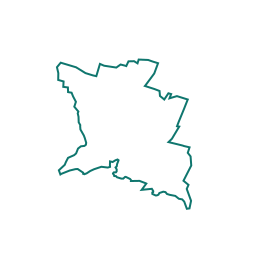 outline of New Haven, Connecticut, United States of America, rotated 26°
{"feature_id": "52423323B55561087422078", "entity_name": "New Haven", "entity_type": "district", "adm_level": 2, "iso_a3": "USA", "parent_name": "United States of America", "parent_adm1": "Connecticut", "projection": "equal_earth", "projection_center": [-72.92, 41.407], "detail": "fine", "context": "isolated", "style": "outline", "palette": "teal", "viewbox_px": 256, "rotation_deg": 26, "n_neighbors": 0, "source": "geoboundaries", "source_scale": "gbopen_adm2", "svg_char_len": 1992}
<svg xmlns="http://www.w3.org/2000/svg" viewBox="0 0 256 256"><g transform="rotate(26 128 128)"><path d="M169.2,76.2L158.0,77.9L152.3,83.1L151.9,78.6L149.1,79.1L148.1,86.5L146.2,86.0L142.7,85.2L140.1,80.9L134.6,81.4L124.8,82.8L125.0,82.0L127.7,67.5L126.6,56.6L120.7,57.5L116.3,58.0L107.6,61.8L108.2,65.7L104.2,65.3L100.9,67.0L99.2,67.9L99.3,73.1L97.8,73.3L93.5,74.2L91.0,78.8L79.2,82.5L74.7,82.7L76.8,95.3L73.4,96.1L65.7,97.3L54.7,96.2L38.9,98.8L37.5,104.5L41.3,109.2L44.2,115.4L49.7,114.4L51.8,119.4L56.2,117.9L58.4,122.0L61.8,121.0L64.8,123.7L69.7,127.3L70.4,132.4L76.2,135.0L76.4,136.9L78.6,139.6L81.2,144.5L83.8,146.3L84.3,147.5L85.9,150.2L91.6,154.1L93.6,156.0L96.9,159.6L97.5,161.5L96.7,163.2L93.7,165.1L92.1,168.4L92.5,173.6L91.5,176.0L87.2,181.1L87.1,186.0L87.3,188.8L84.4,196.3L87.6,199.4L88.2,198.4L94.2,191.8L98.8,188.0L100.8,186.9L102.0,187.1L107.2,187.8L107.7,188.1L107.8,188.6L107.8,188.8L109.0,188.7L110.7,186.9L112.9,183.2L115.6,179.9L121.1,174.5L121.7,174.3L122.3,174.1L127.2,172.4L127.7,171.9L128.9,170.8L127.8,168.9L127.0,166.9L126.9,166.8L126.5,165.9L129.1,165.3L130.8,162.6L132.4,160.9L133.6,161.1L133.7,161.4L134.0,165.1L134.7,167.5L134.1,168.9L136.0,170.2L136.8,172.0L136.6,173.1L134.7,174.1L134.4,175.4L134.5,175.6L135.3,176.0L135.9,176.3L136.7,177.2L138.2,176.5L139.7,177.1L144.2,176.4L144.6,176.2L145.9,175.6L146.8,173.3L147.4,172.9L152.2,172.9L153.9,173.7L154.0,174.3L160.7,170.9L161.5,170.5L168.1,169.9L168.8,169.9L167.4,177.6L176.1,172.2L178.4,173.7L178.7,174.6L178.1,175.3L178.8,176.6L182.5,176.5L183.5,175.9L184.6,174.6L184.7,172.7L187.6,169.8L189.8,169.2L191.7,170.1L191.9,170.2L194.7,169.8L200.3,168.3L204.7,169.3L208.0,168.4L210.8,169.5L216.3,174.8L218.5,173.3L216.6,165.8L207.5,157.0L207.3,152.6L201.0,151.1L201.3,134.0L196.7,126.1L192.6,124.1L191.8,118.4L186.1,119.7L184.9,119.8L179.3,121.0L172.5,122.5L170.6,122.9L172.2,118.4L173.1,107.8L173.4,104.3L171.3,104.9L170.9,100.6L170.0,86.6L169.2,76.2Z" fill="none" stroke="#0f766e" stroke-width="2"/></g></svg>